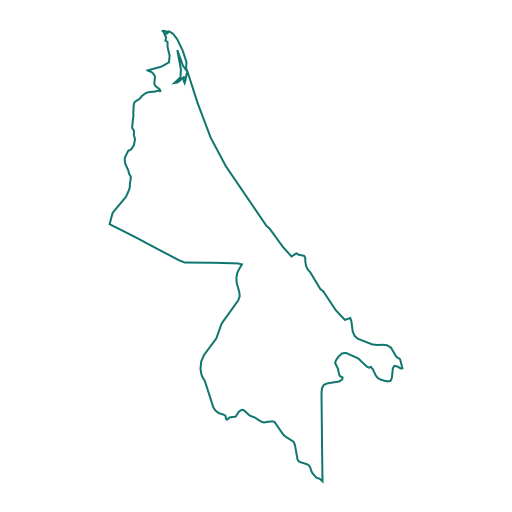 outline of Limón
{"feature_id": "CRI-1329", "entity_name": "Limón", "entity_type": "Province", "adm_level": 1, "iso_a3": "CRI", "parent_name": "Costa Rica", "parent_adm1": "", "projection": "robinson", "projection_center": [-83.398, 10.004], "detail": "fine", "context": "isolated", "style": "outline", "palette": "teal", "viewbox_px": 512, "rotation_deg": 0, "n_neighbors": 0, "source": "natural_earth", "source_scale": "10m", "svg_char_len": 3663}
<svg xmlns="http://www.w3.org/2000/svg" viewBox="0 0 512 512"><path d="M369.1,367.7L367.1,366.8L358.2,358.4L345.9,352.9L342.0,353.4L338.0,357.2L335.6,361.0L335.2,363.2L337.8,368.4L339.3,375.0L340.2,376.4L341.6,376.8L342.6,377.5L342.2,379.5L339.1,381.5L327.7,383.3L323.8,384.8L322.0,388.2L321.5,392.8L321.7,412.8L322.0,441.8L322.5,481.3L322.3,481.1L320.4,479.3L319.7,478.8L316.3,477.6L312.7,473.5L311.6,471.7L310.2,467.6L309.1,465.6L308.2,464.9L306.9,464.2L299.6,461.9L299.0,461.5L298.4,460.9L297.7,459.7L297.4,458.8L295.1,445.8L294.4,443.4L293.9,442.4L293.6,441.9L293.2,441.5L292.7,441.2L285.1,436.3L284.3,435.6L282.8,434.0L274.5,421.9L273.5,421.6L272.2,421.4L267.6,421.8L264.7,422.4L263.9,422.4L262.8,422.2L261.3,421.6L258.0,419.7L256.0,418.2L254.9,417.6L251.0,416.1L249.9,415.6L249.4,415.3L249.0,415.0L245.0,411.2L244.1,410.5L243.1,409.9L242.4,409.8L241.5,410.0L239.9,411.0L239.1,411.5L238.6,412.1L236.1,416.0L235.8,416.5L234.9,416.8L230.9,417.2L229.7,417.5L228.9,418.0L228.2,418.8L227.8,419.2L227.3,419.5L226.8,419.6L226.3,419.3L225.8,417.5L225.7,416.7L225.5,416.0L224.7,415.3L224.0,414.8L218.5,413.0L215.9,410.9L215.1,410.1L213.3,407.3L206.3,385.5L205.5,382.9L204.2,379.7L203.7,379.0L203.0,378.2L202.7,377.6L201.4,374.3L200.9,371.3L200.5,369.0L201.2,361.6L204.1,354.9L216.4,338.3L221.2,324.7L222.9,321.7L229.3,312.9L238.3,300.2L239.7,296.1L239.2,291.7L236.7,283.1L236.4,277.8L237.1,273.5L238.8,269.6L241.4,265.3L241.9,264.4L237.7,263.4L215.2,262.8L184.6,262.5L179.1,260.3L158.3,249.4L145.5,242.6L136.2,237.6L109.6,224.2L112.5,213.3L113.9,211.2L115.8,209.0L125.8,197.0L126.4,195.9L129.1,189.7L129.6,187.9L129.9,186.6L129.8,185.9L130.0,183.0L130.6,179.5L130.8,177.8L130.8,176.6L130.5,176.1L129.9,175.2L129.3,174.2L128.9,173.0L128.3,170.4L125.5,164.4L125.2,163.5L124.7,160.0L124.8,158.6L125.0,157.5L125.7,155.8L126.3,154.8L128.0,151.2L128.5,150.6L129.0,150.3L129.5,150.3L130.1,150.1L130.6,149.8L131.0,149.4L131.8,148.4L133.8,145.2L134.9,140.1L134.9,138.9L134.9,138.2L134.0,135.9L133.9,135.1L133.8,134.3L134.0,132.3L134.1,131.6L134.0,130.9L133.7,130.3L133.4,129.8L132.8,128.9L132.4,128.4L132.2,127.8L132.2,126.4L133.4,116.0L133.3,113.8L133.6,106.4L133.9,104.2L134.2,102.8L134.5,102.4L135.4,101.6L137.1,100.3L139.2,99.1L140.0,98.4L142.1,95.8L145.7,93.2L148.0,92.3L149.2,92.1L155.4,91.5L157.6,90.8L158.4,90.8L159.2,90.9L160.2,91.2L160.4,91.0L160.3,90.6L159.9,89.8L159.4,89.1L158.6,88.4L156.8,87.1L155.9,86.4L155.2,85.5L154.6,84.6L154.4,83.8L154.3,82.6L154.9,77.8L154.9,76.9L154.8,76.1L154.2,75.0L153.4,73.9L152.3,72.7L151.8,72.3L151.3,71.9L150.7,71.7L148.2,70.9L147.6,70.4L161.5,66.6L169.0,62.3L169.6,55.8L167.6,47.2L167.5,41.9L165.4,40.6L166.1,37.4L165.6,36.0L165.2,35.8L163.5,31.5L161.9,31.1L163.9,30.7L165.0,31.3L165.7,31.2L166.9,31.9L166.9,32.3L166.3,32.8L166.3,33.6L167.2,33.5L168.3,32.3L168.5,31.4L169.5,31.6L172.9,33.6L177.2,39.2L182.6,50.4L186.5,62.2L186.0,69.9L182.9,65.6L177.3,50.1L180.9,69.4L180.5,77.2L174.4,83.0L177.6,82.4L179.8,80.7L181.9,78.6L184.6,76.6L183.7,77.8L183.5,79.3L183.8,81.1L184.6,83.0L185.5,80.2L186.4,74.7L187.5,71.7L197.8,103.6L210.7,137.7L225.9,166.3L266.4,225.8L269.6,228.6L283.1,247.2L291.5,256.5L296.5,253.3L298.5,254.7L304.1,255.8L305.2,257.7L305.4,262.2L306.1,265.9L307.6,269.3L310.4,272.5L320.3,289.0L323.4,291.5L335.7,310.1L344.9,319.9L350.3,318.0L351.5,321.8L352.7,331.5L354.7,336.0L357.9,338.8L372.2,344.4L377.2,345.0L382.2,344.8L386.9,345.2L391.0,347.7L396.3,356.7L399.9,359.1L400.1,359.3L402.4,368.3L400.7,368.5L397.5,366.5L394.3,365.9L392.8,368.5L391.9,377.8L390.5,380.9L387.7,381.4L383.8,380.6L380.0,379.3L378.0,378.2L375.7,375.4L373.0,369.6L370.8,366.8L369.1,367.7Z" fill="none" stroke="#0f766e" stroke-width="2"/></svg>